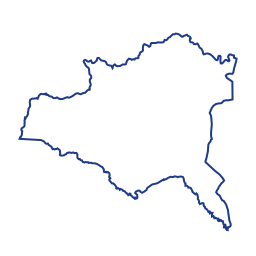 the district of Lubutu, Maniema, Democratic Republic of the Congo, rotated 183°
{"feature_id": "63176286B14336347527587", "entity_name": "Lubutu", "entity_type": "district", "adm_level": 2, "iso_a3": "COD", "parent_name": "Democratic Republic of the Congo", "parent_adm1": "Maniema", "projection": "natural_earth1", "projection_center": [26.789, -0.716], "detail": "fine", "context": "isolated", "style": "outline", "palette": "blue", "viewbox_px": 256, "rotation_deg": 183, "n_neighbors": 0, "source": "geoboundaries", "source_scale": "gbopen_adm2", "svg_char_len": 5720}
<svg xmlns="http://www.w3.org/2000/svg" viewBox="0 0 256 256"><g transform="rotate(183 128 128)"><path d="M89.6,77.9L86.9,79.1L85.7,80.1L83.0,81.5L80.6,81.3L78.8,82.2L77.7,82.1L75.7,81.5L74.7,82.0L72.4,82.3L70.8,82.0L70.4,81.7L69.7,80.1L69.0,77.2L68.3,76.1L67.7,75.7L67.9,75.0L67.5,74.3L67.6,73.3L66.2,73.4L64.9,72.4L64.6,71.6L63.8,71.9L62.3,71.3L61.8,70.9L61.5,70.1L60.4,68.4L60.4,67.8L59.5,67.0L57.2,65.3L56.3,66.2L55.2,65.0L54.5,62.4L54.6,60.8L53.6,59.6L53.1,57.9L53.2,57.2L52.2,55.8L51.4,56.3L49.6,56.9L48.8,56.8L48.5,56.1L48.2,54.3L47.9,53.7L47.1,53.4L46.6,51.7L45.3,51.2L43.7,49.3L43.2,48.2L42.9,48.1L42.4,48.9L42.0,49.0L41.6,48.6L41.6,47.2L40.8,47.8L39.8,47.5L39.2,47.6L39.8,45.9L39.5,45.1L39.5,44.0L38.7,44.5L38.1,44.6L37.0,42.3L36.6,42.3L36.1,43.0L34.1,42.1L33.3,42.2L33.5,40.7L33.0,40.0L32.5,39.9L32.3,41.2L32.0,41.3L31.0,41.1L30.9,40.3L30.2,40.7L29.5,39.8L28.4,39.9L27.6,36.8L27.2,36.3L25.9,36.6L25.6,36.2L26.6,35.4L26.9,34.9L27.1,33.8L26.9,33.7L25.8,34.4L24.0,34.0L23.9,33.6L24.6,33.6L25.1,33.1L24.9,32.5L23.9,31.3L23.1,31.2L23.2,32.6L23.0,33.4L22.4,34.3L21.0,34.8L20.3,36.1L20.5,37.7L22.0,41.2L24.0,51.6L26.0,56.7L28.7,60.3L30.0,60.6L31.1,62.1L32.5,64.6L33.2,65.5L35.1,66.6L36.6,68.5L35.9,70.3L34.7,72.3L34.3,73.7L31.9,77.5L29.9,79.6L29.3,80.7L31.0,83.1L34.4,86.6L38.7,89.6L48.9,98.1L48.9,98.8L48.1,101.9L47.0,108.9L46.9,115.5L46.3,117.0L45.0,118.8L44.4,120.9L43.7,121.4L44.6,124.2L44.8,127.6L44.5,136.1L45.5,143.4L46.0,145.1L47.2,147.3L45.3,152.6L43.5,155.0L41.3,156.6L38.3,157.4L36.5,157.5L35.8,157.9L33.7,160.2L31.3,160.9L29.7,160.8L25.1,162.0L26.2,179.7L32.0,183.3L33.1,185.5L32.0,186.7L29.6,187.6L26.6,187.6L25.8,188.6L25.1,193.6L23.5,200.2L23.3,203.0L25.8,203.7L26.0,206.0L27.7,206.1L28.8,206.7L30.5,206.7L30.9,206.1L31.3,205.9L31.8,204.4L30.2,200.8L30.6,200.0L31.3,199.9L33.1,201.1L33.9,201.1L34.5,200.9L37.2,197.5L38.4,197.2L38.9,197.6L39.3,200.7L39.2,204.0L39.9,204.9L40.9,204.9L41.3,204.5L41.8,202.7L41.9,201.0L42.4,200.4L43.0,200.4L43.9,200.7L47.4,204.2L49.3,205.6L50.4,206.2L52.1,206.5L53.6,206.5L56.2,205.5L56.8,206.2L57.4,208.6L58.9,211.0L60.6,212.0L62.8,215.8L63.3,216.0L64.5,215.3L66.5,215.2L67.2,216.2L68.1,216.9L69.9,216.9L70.3,217.3L70.9,218.7L70.9,219.4L70.8,220.2L70.0,220.5L70.0,220.9L71.0,222.4L72.9,223.1L74.0,224.2L77.1,222.9L78.2,222.0L79.0,222.0L79.4,222.5L80.0,222.6L81.3,223.8L82.9,224.5L85.3,224.8L86.3,224.0L87.9,224.0L89.9,222.2L90.7,221.1L92.4,220.2L93.6,218.3L94.7,217.6L96.1,217.9L96.7,216.0L97.1,215.6L98.4,215.2L103.2,215.0L104.5,214.3L109.0,214.1L109.5,213.5L110.1,210.9L111.2,210.2L112.7,211.4L116.1,212.6L116.9,211.6L117.4,209.0L117.1,206.4L117.3,205.9L118.0,205.1L119.7,204.1L120.0,203.6L120.1,202.1L121.3,200.5L121.4,199.8L121.2,198.7L121.6,198.3L124.2,197.9L125.1,196.7L126.1,197.0L127.9,196.3L128.3,196.8L130.7,197.3L132.5,195.1L133.5,191.6L134.1,191.3L136.6,191.2L139.1,189.5L142.2,189.2L143.0,189.4L144.3,190.8L144.7,190.8L145.6,190.0L146.2,189.0L146.5,187.8L146.4,187.2L146.6,186.9L147.5,188.8L148.1,189.3L151.0,189.7L152.1,190.3L152.7,191.0L153.4,192.6L154.6,193.5L158.3,194.1L160.9,196.5L161.6,196.5L162.3,196.1L162.5,195.5L162.7,193.8L165.3,191.2L167.1,191.0L168.5,193.5L170.7,192.2L171.6,192.2L173.9,193.7L174.5,193.7L175.3,193.3L175.8,192.3L175.2,190.9L174.2,189.8L173.8,188.7L172.7,187.4L170.6,185.9L170.1,185.0L169.3,179.9L167.5,178.0L167.3,176.5L167.6,175.6L168.6,174.5L168.6,172.5L167.5,169.7L167.5,168.8L168.5,166.6L168.2,164.5L168.4,164.2L169.1,164.5L169.5,164.3L170.9,163.0L172.5,161.0L173.8,160.8L174.4,160.4L175.4,160.3L176.2,159.5L176.8,159.3L178.0,159.4L179.9,160.1L181.5,159.7L182.3,159.3L184.3,157.6L186.0,156.4L188.1,155.3L189.0,155.2L190.0,155.6L190.7,155.5L195.0,153.5L197.1,153.3L197.7,153.6L198.3,153.5L200.2,154.7L200.8,154.8L201.7,154.1L204.0,153.9L205.7,155.3L207.8,155.6L208.6,155.9L209.5,156.8L210.6,156.7L211.2,158.0L211.6,158.2L212.1,158.0L212.5,157.2L213.3,157.6L214.5,157.3L216.5,157.6L217.7,156.7L218.7,155.5L219.7,152.5L220.9,153.1L221.3,152.7L225.2,152.3L227.1,151.1L227.5,148.6L226.9,145.3L227.1,144.2L228.4,141.8L228.3,140.6L228.8,138.6L228.5,136.9L229.6,134.3L230.6,133.3L230.8,132.3L231.1,132.3L231.5,132.7L231.6,132.3L231.3,131.3L231.8,130.2L231.5,128.8L231.6,127.0L231.4,125.1L231.9,123.9L234.0,122.2L234.5,121.2L234.1,119.8L233.5,119.5L233.7,115.5L234.5,113.6L235.0,113.4L235.7,111.5L214.2,111.4L211.2,110.2L209.5,108.3L208.7,108.0L207.2,108.3L206.5,107.1L203.6,105.4L203.2,104.9L203.0,104.1L202.5,103.7L202.2,103.0L201.4,103.3L200.1,102.7L199.3,103.2L198.3,103.3L197.4,104.0L194.9,102.2L194.4,99.0L194.7,97.6L194.5,97.3L193.7,97.0L191.7,97.1L190.3,97.5L189.4,98.3L188.7,98.4L187.4,100.0L186.3,100.1L185.5,100.6L183.0,100.1L182.4,100.5L181.3,100.7L180.2,100.1L178.2,100.4L177.2,99.1L177.0,95.7L176.5,95.0L175.4,94.3L174.9,94.5L174.3,94.4L173.7,93.4L172.3,93.3L171.3,91.7L169.5,91.3L168.7,91.8L167.4,91.6L166.1,91.8L165.5,91.1L163.1,91.4L162.4,91.0L158.5,90.9L156.5,90.2L152.3,87.8L151.7,87.8L149.9,85.3L150.0,84.7L149.5,82.8L148.9,83.0L147.8,82.6L147.5,83.1L147.1,83.1L146.8,82.8L146.3,82.9L146.0,82.6L145.3,82.8L144.2,81.7L143.8,79.4L144.3,78.3L144.1,77.8L143.0,76.9L144.0,75.6L143.8,74.7L141.2,71.9L140.1,72.0L139.5,71.4L138.9,71.3L136.8,68.9L136.5,68.3L136.6,67.1L135.8,66.8L134.8,67.4L133.7,66.9L133.1,65.9L132.5,66.6L132.2,66.3L131.6,66.5L130.3,66.0L129.5,64.9L128.6,64.9L127.9,64.6L126.8,63.3L126.0,63.0L124.2,60.9L124.0,61.0L123.0,62.6L122.2,62.5L121.9,61.1L120.6,60.4L120.1,59.6L118.4,58.4L117.7,58.9L117.1,58.9L117.1,57.7L115.5,58.1L115.1,58.7L115.0,59.4L115.3,61.7L115.7,62.1L117.3,63.2L117.4,63.9L116.5,65.1L114.7,66.0L113.6,66.1L113.1,65.9L112.1,64.8L110.5,64.1L108.9,65.0L106.3,67.1L105.7,68.9L105.2,69.5L100.8,72.9L95.7,74.4L89.8,78.5L89.6,77.9Z" fill="none" stroke="#1e3a8a" stroke-width="2"/></g></svg>